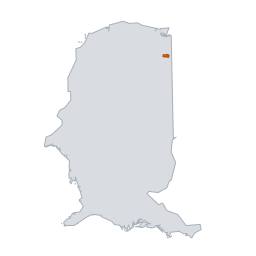 location of Pend Oreille, Washington, United States of America, rotated 95°
{"feature_id": "52423323B67594083249097", "entity_name": "Pend Oreille", "entity_type": "district", "adm_level": 2, "iso_a3": "USA", "parent_name": "United States of America", "parent_adm1": "Washington", "projection": "orthographic", "projection_center": [-117.196, 48.523], "detail": "fine", "context": "in_parent", "style": "filled", "palette": "amber", "viewbox_px": 256, "rotation_deg": 95, "n_neighbors": 0, "source": "geoboundaries", "source_scale": "gbopen_adm2", "svg_char_len": 3994}
<svg xmlns="http://www.w3.org/2000/svg" viewBox="0 0 256 256"><g transform="rotate(95 128 128)"><path d="M209.8,71.0L220.1,61.6L217.8,47.7L222.7,46.3L227.0,52.6L231.9,54.9L229.0,59.8L229.5,61.1L228.0,60.2L228.5,63.5L226.5,67.9L228.0,76.0L231.4,77.4L232.5,76.0L231.5,75.1L232.2,75.3L233.0,76.6L230.0,80.4L228.5,79.4L229.2,81.7L225.2,85.4L223.3,90.4L222.9,88.6L222.0,87.9L223.0,92.1L224.2,92.1L225.4,95.3L225.0,100.8L221.4,100.0L221.7,96.6L220.9,99.4L222.8,101.7L224.6,102.6L225.6,104.2L225.6,112.5L224.7,107.9L220.6,105.7L220.2,100.7L218.5,103.4L222.0,108.8L218.9,108.4L218.2,109.1L218.1,106.8L217.8,106.3L217.7,108.2L218.2,109.5L222.7,109.6L222.4,111.1L220.0,110.0L219.2,110.1L222.3,111.3L223.3,111.3L223.5,113.1L221.9,112.6L224.6,113.8L224.3,114.4L223.0,113.7L220.6,114.6L224.2,115.0L225.9,113.9L229.9,118.2L226.6,115.0L228.3,117.4L224.9,118.9L228.3,120.1L229.1,118.6L228.7,122.0L225.3,123.1L227.7,123.2L226.6,125.5L228.9,125.1L225.6,127.9L225.4,133.0L222.4,136.2L218.5,147.2L217.4,146.9L217.1,154.9L217.5,156.7L220.2,161.2L229.9,173.3L230.5,182.1L228.0,184.0L224.3,181.2L222.8,178.0L217.9,175.9L218.6,173.4L216.8,174.4L216.0,168.8L210.1,165.7L203.6,170.2L201.5,167.7L194.7,170.4L195.2,168.9L194.3,170.6L191.4,172.5L190.7,170.1L190.6,172.0L181.1,176.3L185.5,175.9L184.7,178.7L188.4,179.6L187.1,181.4L182.9,179.8L183.2,182.2L178.1,183.0L174.8,181.1L173.4,183.2L165.8,183.4L162.2,187.8L163.1,186.6L160.7,186.5L160.3,190.7L156.3,194.6L157.2,193.5L154.2,193.9L155.4,195.0L152.3,197.6L151.6,202.2L150.0,202.0L151.5,202.8L152.4,206.6L154.2,208.6L153.3,209.7L144.3,208.9L141.5,203.6L130.8,194.0L126.1,194.3L122.2,199.8L116.3,197.7L113.2,192.7L105.2,187.4L96.7,188.4L96.9,190.9L83.2,192.3L65.0,185.6L53.5,186.8L51.8,182.6L46.9,178.6L36.9,175.2L36.9,172.1L29.1,158.1L29.4,156.7L31.0,158.6L30.1,155.6L33.6,155.5L27.0,155.5L22.1,142.2L23.7,135.5L22.4,127.6L24.4,122.8L26.3,108.5L29.3,109.1L26.0,108.1L27.2,104.3L26.1,104.2L24.7,95.9L31.8,97.9L30.1,102.1L32.7,99.2L32.3,102.8L30.5,103.5L31.7,103.8L33.2,102.4L33.8,98.8L32.2,93.0L133.9,82.0L133.3,79.9L136.2,82.8L148.1,82.9L158.3,77.5L176.2,80.5L177.8,82.6L184.2,84.0L189.7,92.5L189.3,101.7L191.9,103.3L201.8,90.6L199.8,87.5L200.6,86.3L206.9,82.1L209.8,71.0ZM227.3,85.9L228.9,84.1L223.4,91.0L227.5,84.5L227.3,85.9ZM32.5,96.5L33.4,98.9L33.3,99.2L32.0,97.4L32.5,96.5ZM154.0,208.0L152.3,204.8L152.0,202.8L152.5,204.9L154.0,208.0ZM229.6,59.6L230.2,60.7L229.8,60.7L229.6,59.6ZM175.1,182.1L175.5,182.8L174.5,182.5L175.1,182.1ZM40.7,178.7L41.9,178.3L42.0,178.4L40.7,178.7ZM39.5,178.3L39.0,178.9L38.6,178.4L39.5,178.3ZM231.7,79.2L231.6,80.3L231.3,80.2L231.7,79.2ZM152.4,200.9L152.0,202.6L153.0,199.1L152.4,200.9ZM227.0,169.3L228.8,171.7L226.7,169.1L227.0,169.3ZM46.7,181.6L47.2,182.5L46.6,181.6L46.7,181.6ZM231.1,182.3L230.5,183.7L231.3,181.0L231.1,182.3ZM231.0,119.9L230.7,121.5L230.2,118.4L231.0,119.9ZM31.6,94.6L31.6,95.3L31.2,94.9L31.6,94.6ZM155.6,195.6L154.1,196.8L155.6,195.3L155.6,195.6ZM233.6,78.2L233.9,78.9L233.3,79.2L233.6,78.2ZM46.6,184.0L47.0,185.1L46.4,184.1L46.6,184.0ZM153.8,197.5L153.2,198.0L153.7,197.3L153.8,197.5ZM225.9,105.6L225.8,107.7L225.7,104.9L225.9,105.6ZM161.9,188.7L161.0,189.6L162.2,188.1L161.9,188.7ZM217.6,155.6L217.8,157.0L217.4,156.1L217.6,155.6ZM229.3,125.2L229.1,125.6L229.5,124.1L229.3,125.2ZM206.0,168.8L205.1,170.0L204.6,170.1L206.0,168.8ZM190.9,172.4L190.7,172.7L190.0,173.0L190.9,172.4ZM221.6,178.7L222.0,179.5L221.3,178.7L221.6,178.7ZM188.3,175.4L188.3,176.3L187.9,174.9L188.3,175.4ZM229.1,185.7L228.5,186.1L229.3,185.4L229.1,185.7ZM225.5,95.9L225.5,97.0L225.4,95.6L225.5,95.9ZM230.2,122.2L230.0,122.7L229.9,122.7L230.2,122.2Z" fill="#d9dde1" stroke="#a8b0b8" stroke-width="1"/><path d="M53.8,93.8L53.4,93.8L52.9,93.8L52.3,93.7L52.3,94.2L52.0,94.2L52.0,94.7L51.8,94.7L51.8,95.2L51.5,95.2L51.5,95.7L52.0,95.7L52.0,98.1L52.0,98.7L52.2,99.2L53.7,99.2L53.7,98.8L53.7,98.5L53.7,98.4L53.8,97.4L53.8,97.1L53.8,96.6L53.8,95.9L53.8,95.7L53.8,95.2L53.8,94.6L53.8,93.8Z" fill="#f59e0b" stroke="#b45309" stroke-width="1.5"/></g></svg>